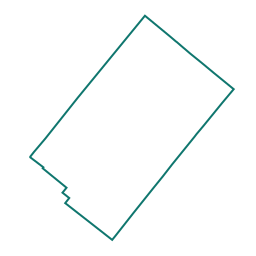 Moffat, Colorado, United States of America, rotated 129°
{"feature_id": "52423323B20517885523986", "entity_name": "Moffat", "entity_type": "district", "adm_level": 2, "iso_a3": "USA", "parent_name": "United States of America", "parent_adm1": "Colorado", "projection": "albers", "projection_center": [-108.223, 40.612], "detail": "fine", "context": "isolated", "style": "outline", "palette": "teal", "viewbox_px": 256, "rotation_deg": 129, "n_neighbors": 0, "source": "geoboundaries", "source_scale": "gbopen_adm2", "svg_char_len": 546}
<svg xmlns="http://www.w3.org/2000/svg" viewBox="0 0 256 256"><g transform="rotate(129 128 128)"><path d="M212.3,185.5L211.8,169.0L213.0,168.9L213.1,138.2L219.5,138.2L219.4,129.6L225.9,129.5L224.9,69.9L219.3,69.9L190.5,70.3L157.8,70.5L143.4,70.5L128.4,70.8L120.6,70.8L92.7,70.8L89.8,70.9L78.1,70.7L49.8,70.6L31.3,70.3L31.2,96.2L31.0,112.7L31.0,120.4L31.0,121.7L31.0,126.8L30.7,138.5L30.5,144.5L30.6,145.2L30.4,152.7L30.1,185.5L136.1,186.1L188.0,185.6L206.0,186.0L211.8,185.9L212.3,185.5Z" fill="none" stroke="#0f766e" stroke-width="2"/></g></svg>